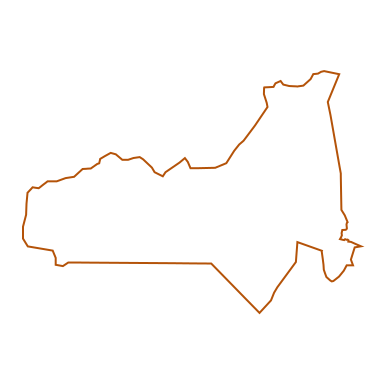 Gurara, Niger, Nigeria
{"feature_id": "59680162B85303802109421", "entity_name": "Gurara", "entity_type": "district", "adm_level": 2, "iso_a3": "NGA", "parent_name": "Nigeria", "parent_adm1": "Niger", "projection": "equal_earth", "projection_center": [7.034, 9.353], "detail": "fine", "context": "isolated", "style": "outline", "palette": "amber", "viewbox_px": 384, "rotation_deg": 0, "n_neighbors": 0, "source": "geoboundaries", "source_scale": "gbopen_adm2", "svg_char_len": 1861}
<svg xmlns="http://www.w3.org/2000/svg" viewBox="0 0 384 384"><path d="M259.5,312.9L271.0,300.4L274.1,292.7L277.3,287.3L295.9,262.0L297.4,242.1L321.9,250.8L321.7,251.3L322.8,259.2L323.5,264.8L323.8,269.7L325.0,273.2L326.4,277.0L330.3,280.5L331.8,281.4L333.4,281.0L339.0,276.6L343.8,270.7L346.7,265.3L353.0,265.3L350.9,259.6L354.7,247.4L361.0,246.3L355.4,243.9L351.0,241.9L348.3,241.6L348.5,240.3L347.6,239.6L346.7,239.8L345.1,239.2L344.2,240.1L342.7,239.8L340.0,239.1L341.1,237.2L341.9,235.3L341.6,233.2L342.3,230.0L345.7,229.8L346.5,229.2L346.9,228.3L346.7,226.7L346.5,224.4L346.9,222.9L347.6,222.2L344.8,215.4L341.4,209.9L340.8,176.2L340.8,173.5L339.5,166.3L330.5,115.2L327.8,102.0L339.2,74.2L324.1,71.1L321.1,71.8L319.9,72.5L318.0,73.6L316.4,73.8L313.3,74.1L311.9,76.7L310.6,79.1L308.5,81.0L304.6,84.5L303.4,85.6L301.5,85.9L298.4,86.3L297.6,86.5L296.7,86.4L290.5,86.1L289.1,86.0L285.4,85.1L283.3,84.6L282.0,82.9L280.6,81.0L275.5,83.3L274.6,84.8L273.5,86.9L270.4,87.1L264.3,87.4L264.1,87.9L263.9,94.1L266.7,102.8L267.5,107.0L255.0,125.5L243.6,140.7L239.2,144.5L234.2,150.8L226.3,163.2L215.2,167.8L197.7,168.2L190.5,168.2L187.8,161.9L184.9,158.1L179.5,162.6L165.5,172.2L162.8,176.3L154.6,172.2L151.9,167.6L143.1,159.3L139.7,157.1L133.5,158.0L128.1,159.8L122.3,159.8L115.8,154.3L110.7,152.9L104.9,156.1L100.2,158.9L99.2,163.3L97.5,163.9L97.3,163.9L92.2,167.5L90.8,168.5L87.1,168.7L86.3,168.8L84.3,168.9L82.6,169.0L74.1,176.8L65.6,178.1L56.8,181.3L47.6,181.3L45.6,182.9L43.7,184.3L41.4,186.1L40.9,186.5L40.7,186.7L38.7,188.2L35.7,187.8L32.6,187.3L30.9,189.2L29.0,191.2L27.5,192.8L27.5,193.0L26.5,203.8L26.1,214.8L23.0,226.7L23.0,238.6L27.8,246.4L52.7,250.6L55.7,257.9L55.7,264.8L62.9,266.1L68.3,262.5L74.7,262.5L84.7,262.6L172.5,263.2L192.1,263.4L206.7,263.5L211.2,263.5L220.5,273.0L245.0,298.1L259.5,312.9Z" fill="none" stroke="#b45309" stroke-width="2"/></svg>